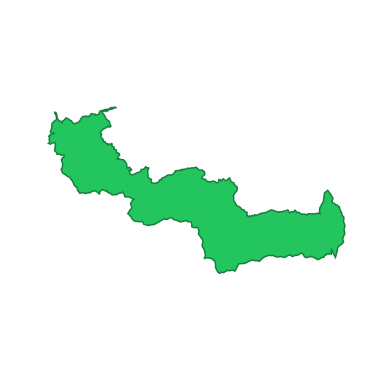 Sugag, Alba, Romania (Albers equal-area conic projection), rotated 296°
{"feature_id": "2599482B22496390812806", "entity_name": "Sugag", "entity_type": "district", "adm_level": 2, "iso_a3": "ROU", "parent_name": "Romania", "parent_adm1": "Alba", "projection": "albers", "projection_center": [23.621, 45.632], "detail": "fine", "context": "isolated", "style": "filled", "palette": "green", "viewbox_px": 384, "rotation_deg": 296, "n_neighbors": 0, "source": "geoboundaries", "source_scale": "gbopen_adm2", "svg_char_len": 6009}
<svg xmlns="http://www.w3.org/2000/svg" viewBox="0 0 384 384"><g transform="rotate(296 192 192)"><path d="M249.2,311.5L241.2,314.2L233.8,313.9L231.3,314.7L228.8,316.3L229.0,315.4L227.9,314.7L227.6,313.6L225.5,310.9L225.4,310.0L224.9,309.4L223.5,305.9L221.8,305.7L221.7,303.4L220.2,300.4L220.2,297.6L220.6,297.1L220.4,296.3L219.6,295.6L219.8,294.7L220.9,293.0L220.7,292.4L219.1,292.6L218.5,291.8L218.4,290.8L217.2,289.4L216.3,289.1L216.3,287.9L217.6,286.8L217.9,286.0L215.9,284.2L215.1,282.8L213.5,281.6L212.9,280.1L212.2,279.5L212.4,279.2L211.8,278.6L211.7,277.1L211.2,276.0L211.2,273.2L210.6,270.9L209.2,269.7L208.4,269.5L207.6,268.5L205.7,267.4L205.3,266.2L204.0,265.0L203.4,263.6L199.6,260.5L199.4,259.2L198.8,258.3L197.0,257.5L197.4,256.4L195.0,254.7L195.6,254.1L194.6,253.2L195.2,251.4L196.1,251.3L196.3,250.7L197.8,250.5L197.6,249.9L197.7,248.3L198.7,246.2L198.1,244.0L199.3,242.4L199.5,239.2L199.1,238.8L199.2,237.7L199.9,237.4L202.9,233.1L205.1,232.1L206.3,230.9L209.1,230.9L213.0,231.8L215.3,231.1L216.5,229.9L217.3,226.3L218.6,225.8L218.3,222.3L219.6,221.5L221.0,219.5L217.2,217.7L217.0,216.8L217.5,214.3L215.2,213.6L215.5,211.9L215.0,210.7L212.7,211.4L210.9,210.1L211.4,207.7L211.2,206.5L209.0,203.7L208.2,201.3L209.3,198.1L208.4,196.1L208.9,194.9L210.5,194.5L212.1,195.6L213.4,195.7L215.0,194.9L215.8,193.8L216.2,191.4L215.3,190.0L215.0,188.8L216.1,184.7L215.0,183.9L212.9,180.2L212.2,179.7L211.5,177.6L209.6,176.1L208.5,174.1L207.1,173.7L207.6,172.7L206.3,171.8L203.8,167.8L202.2,167.9L198.1,166.4L197.9,165.0L196.4,162.6L193.7,161.1L191.1,158.8L189.8,159.2L189.1,157.9L185.9,157.4L183.3,154.5L183.0,153.0L182.1,152.3L184.3,150.1L185.7,149.9L185.3,148.1L186.1,146.1L192.0,142.6L193.6,142.9L194.7,142.3L193.9,141.0L194.4,139.3L191.4,138.7L189.9,136.4L188.4,136.8L186.5,135.8L185.5,134.4L182.7,132.3L181.1,130.5L180.9,129.1L181.4,127.8L182.4,127.3L183.8,125.8L184.1,125.9L184.1,127.4L185.3,128.0L185.7,127.8L186.8,124.8L185.3,123.5L186.5,122.1L188.3,121.1L190.3,118.3L190.3,117.3L190.9,116.3L189.8,113.2L190.1,111.9L188.8,111.1L188.7,110.4L192.0,110.2L193.2,110.8L194.1,110.3L194.6,109.6L194.7,108.5L194.2,107.2L194.6,106.5L196.2,106.0L196.6,105.1L196.3,103.4L198.1,102.3L198.5,99.6L200.2,99.1L200.3,98.5L199.2,98.0L198.8,96.6L197.6,95.8L198.5,94.9L197.9,93.9L198.0,93.2L199.2,91.7L198.5,91.0L198.5,90.3L200.5,88.8L201.0,86.9L201.8,85.8L204.3,85.5L204.6,85.1L204.6,84.3L205.3,83.6L207.9,84.0L209.7,84.7L212.3,86.8L213.8,87.4L213.9,88.3L214.2,88.2L214.1,88.8L214.6,89.0L214.4,89.5L215.0,90.3L216.1,89.9L217.3,88.1L219.1,86.9L220.2,82.6L222.7,79.6L223.5,77.3L225.1,76.0L227.0,78.8L226.9,79.8L227.5,79.9L228.2,80.9L229.7,81.3L231.6,84.0L233.1,84.6L233.1,85.2L233.7,85.4L234.3,86.6L234.6,86.6L234.4,85.5L233.3,83.9L231.6,82.6L232.3,82.7L231.6,82.3L232.2,82.3L233.0,82.7L231.0,81.3L229.9,80.9L228.3,78.1L227.2,76.8L225.4,76.1L225.7,75.8L225.6,75.1L224.9,74.8L224.9,74.1L223.6,74.1L223.2,73.7L221.6,74.3L220.7,73.9L220.3,73.1L218.7,72.0L219.5,70.7L218.7,69.1L218.7,67.9L218.1,67.8L217.8,66.8L216.2,67.0L215.0,66.6L215.2,66.4L213.9,64.7L214.0,63.6L213.1,62.6L212.7,62.7L212.2,60.9L210.1,60.2L205.4,59.8L201.7,56.2L201.7,54.6L203.2,52.4L203.0,50.9L203.5,48.3L203.3,46.2L200.0,45.4L198.9,44.3L197.1,44.8L197.8,42.7L198.3,39.5L203.1,35.8L203.6,35.0L203.6,33.8L202.5,34.1L202.3,35.1L200.4,37.0L198.0,38.6L195.7,37.3L192.2,36.1L191.3,36.7L190.2,36.7L188.6,37.9L183.8,38.3L183.3,40.9L184.4,41.6L184.4,42.2L184.1,42.3L181.5,39.4L180.8,39.8L180.0,39.0L179.2,38.9L178.3,40.2L176.7,40.5L174.9,41.9L173.5,42.2L172.8,41.8L173.0,43.9L174.7,44.8L176.4,47.3L173.5,49.0L170.5,49.7L168.8,50.6L168.1,53.2L166.8,54.1L168.0,57.2L167.7,58.4L168.6,59.1L169.1,61.2L167.4,61.4L166.0,60.5L165.0,60.8L163.8,60.4L160.1,63.8L156.4,64.7L155.1,64.4L152.7,66.9L152.1,68.0L152.3,69.1L151.9,70.7L152.2,71.2L151.4,73.0L151.6,75.1L151.2,76.7L150.5,77.2L149.6,79.6L146.3,83.5L145.7,85.2L145.8,86.1L144.1,88.1L143.2,88.5L143.0,89.5L141.6,91.8L143.6,93.8L143.8,96.7L145.1,98.0L145.4,99.0L146.3,99.6L146.9,101.2L148.1,101.4L149.7,102.8L150.7,105.1L149.6,109.7L150.1,109.8L151.8,108.8L154.9,110.5L155.0,113.7L155.8,114.8L155.1,115.2L154.8,116.7L154.9,119.9L154.4,120.8L154.7,122.2L156.1,124.2L156.6,125.6L158.6,126.7L160.6,129.3L161.6,129.8L159.8,132.5L158.5,133.5L158.4,134.4L159.8,136.7L160.0,142.9L158.9,142.3L154.6,141.8L152.1,144.4L150.5,145.0L149.4,144.2L144.4,143.8L144.4,144.4L142.7,148.6L141.8,149.5L141.0,151.4L140.7,153.5L142.4,158.3L143.7,159.7L142.9,161.6L141.9,162.6L142.5,166.2L143.1,167.9L144.9,170.0L146.3,172.4L154.6,178.0L155.8,179.4L156.1,181.1L157.5,182.5L158.9,183.1L160.0,185.1L159.1,187.6L159.8,190.1L159.7,191.7L160.2,194.9L164.0,199.6L163.4,201.3L164.6,203.5L164.3,204.7L163.0,205.9L160.6,207.1L161.0,210.2L162.4,212.0L162.4,212.9L159.8,215.6L157.2,216.1L153.1,223.3L147.9,224.7L145.1,228.8L143.3,229.8L142.3,231.1L141.0,231.8L137.8,232.3L139.5,234.4L140.4,237.0L140.7,239.9L140.0,241.1L140.3,242.3L137.7,244.6L134.3,246.4L131.4,250.3L131.0,251.6L131.1,252.5L133.0,254.0L133.3,255.7L136.2,257.5L137.1,258.5L137.8,260.5L139.6,262.5L139.7,265.3L148.1,265.6L150.5,270.1L152.8,272.3L155.4,274.1L157.4,276.3L157.8,278.7L159.1,281.2L159.1,282.8L164.5,284.9L168.3,288.2L169.5,290.9L170.3,291.9L170.7,296.7L173.0,300.3L173.6,303.6L174.8,304.9L177.1,306.1L178.4,307.8L178.4,308.8L177.9,310.0L178.2,310.8L180.2,312.4L181.4,314.5L185.0,317.2L185.1,318.7L183.6,320.7L182.8,322.7L184.1,324.9L185.3,325.7L186.2,327.6L186.7,330.1L186.4,331.6L186.6,333.0L186.2,334.1L186.5,334.7L187.2,335.7L189.9,337.2L191.1,339.1L193.2,339.0L194.1,340.1L195.2,340.2L195.8,341.4L196.3,341.6L196.3,342.4L197.1,343.5L197.2,344.4L201.0,342.9L196.1,349.6L203.2,348.3L205.4,347.3L207.7,347.7L210.6,349.4L213.4,350.2L216.1,347.8L221.5,347.6L225.2,345.0L228.6,344.3L230.3,342.9L231.5,341.3L235.5,339.8L236.2,339.1L237.0,336.8L238.6,336.0L241.1,332.6L243.3,330.9L243.1,330.2L243.9,328.4L243.5,326.7L244.2,324.6L243.9,323.4L244.4,322.1L247.4,321.7L248.3,321.1L250.8,317.6L253.0,313.2L249.2,311.5Z" fill="#22c55e" stroke="#15803d" stroke-width="1.5"/></g></svg>